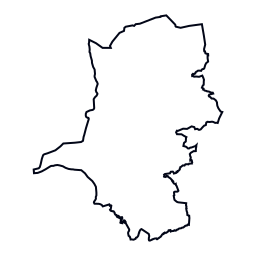 Masyaf, Hamah, Syria
{"feature_id": "27442178B31990643139600", "entity_name": "Masyaf", "entity_type": "district", "adm_level": 2, "iso_a3": "SYR", "parent_name": "Syria", "parent_adm1": "Hamah", "projection": "mercator", "projection_center": [36.393, 35.051], "detail": "fine", "context": "isolated", "style": "outline", "palette": "ink", "viewbox_px": 256, "rotation_deg": 0, "n_neighbors": 0, "source": "geoboundaries", "source_scale": "gbopen_adm2", "svg_char_len": 5879}
<svg xmlns="http://www.w3.org/2000/svg" viewBox="0 0 256 256"><path d="M186.2,203.2L178.1,202.3L176.8,201.8L174.6,200.0L174.3,199.1L173.7,195.7L174.3,195.3L174.0,192.5L174.1,192.1L174.8,191.7L177.6,191.6L178.4,190.8L176.6,186.0L176.0,185.2L175.8,184.1L175.6,184.3L175.4,184.3L174.6,183.7L173.9,183.5L172.3,181.2L172.9,181.0L170.3,178.3L168.3,177.0L167.8,176.1L166.6,175.9L166.6,176.5L165.3,177.0L165.0,176.8L164.2,176.8L164.0,176.6L164.4,175.3L164.1,174.7L165.0,174.0L170.0,173.3L170.7,171.8L172.8,171.6L173.6,172.5L173.9,173.5L176.0,173.0L176.4,172.0L176.7,172.3L177.3,172.2L177.7,171.7L177.9,170.9L178.5,170.8L179.8,169.5L179.8,168.3L180.3,167.7L180.4,167.1L180.7,167.1L182.8,165.4L183.3,165.4L184.3,165.6L184.6,165.5L185.1,164.6L185.5,164.3L187.4,164.2L188.5,164.4L189.1,163.7L191.6,163.5L191.5,163.3L192.2,162.6L191.9,160.9L191.8,160.5L191.5,160.5L191.4,160.2L190.3,160.6L190.2,159.7L190.8,157.8L190.6,156.8L190.2,156.1L190.0,154.7L189.8,154.1L190.8,152.8L193.7,151.1L194.8,151.2L195.8,151.1L195.9,148.5L196.3,146.6L196.2,146.0L196.4,145.1L195.1,146.3L194.7,146.3L191.5,147.5L190.3,147.6L189.0,148.5L187.9,148.4L186.8,147.3L185.7,146.6L183.4,146.0L184.0,143.0L184.5,142.4L185.5,141.8L185.8,141.4L186.0,137.8L186.4,137.1L183.9,135.8L181.6,134.3L177.0,134.2L176.1,132.3L176.9,130.7L177.8,130.9L183.1,128.7L187.1,128.9L191.6,126.4L194.3,127.1L195.1,129.2L196.6,128.9L197.5,128.9L198.7,129.8L199.6,129.8L200.8,129.3L202.5,127.3L204.2,125.6L205.8,125.1L206.3,122.5L207.4,121.8L209.6,122.0L212.1,121.7L213.4,122.0L215.2,122.9L216.3,122.7L217.7,123.0L219.1,118.5L222.3,112.0L220.6,111.5L218.4,108.3L217.3,105.7L217.0,103.3L217.0,102.5L216.3,101.1L215.7,100.2L213.6,98.6L211.6,98.5L210.7,97.5L209.9,96.8L209.1,96.5L208.7,95.8L209.2,94.6L213.2,93.6L212.8,92.7L211.1,92.6L209.0,91.6L206.9,91.3L206.6,91.0L204.5,90.5L203.4,89.4L203.2,89.4L203.5,88.6L201.9,87.7L202.8,85.5L203.6,84.9L203.7,84.5L203.8,80.8L204.0,79.9L203.4,78.1L202.3,75.6L199.1,76.8L195.8,76.5L194.8,76.7L193.6,76.5L193.0,76.0L192.2,76.1L192.1,74.7L192.9,73.9L193.3,74.2L193.9,74.3L194.4,73.7L195.3,73.5L195.5,72.5L196.3,71.7L197.2,71.3L197.9,70.7L199.0,70.6L201.2,70.8L201.8,69.6L202.6,69.1L203.6,69.0L204.3,68.2L205.3,64.8L206.2,63.1L208.1,61.6L207.6,58.1L207.6,55.6L208.2,55.5L208.1,54.0L206.2,53.6L205.4,53.3L205.0,51.4L204.3,51.3L204.1,50.1L204.1,48.9L205.2,44.6L203.9,35.8L201.9,24.2L189.2,25.9L180.6,27.8L175.9,26.7L175.5,26.2L175.4,25.3L175.2,24.6L166.3,15.4L160.6,16.3L160.5,16.9L155.6,17.6L139.9,23.7L135.7,24.2L134.1,25.9L132.6,25.4L125.8,26.7L124.4,27.8L124.0,30.9L119.5,32.9L112.4,41.6L110.0,45.9L110.8,47.9L102.6,47.9L96.0,43.2L89.2,39.8L89.1,42.6L88.7,43.9L89.4,46.5L89.7,49.4L89.5,52.0L90.2,53.2L90.6,56.1L91.9,60.6L92.0,62.9L92.9,66.0L93.2,67.0L94.6,69.5L95.0,73.9L94.6,75.8L94.6,76.9L96.4,81.2L97.1,82.1L97.7,83.9L96.4,87.7L95.8,90.3L96.3,92.0L97.4,93.5L97.4,94.1L96.6,95.7L94.9,97.3L93.7,99.2L94.2,108.1L93.7,109.2L92.7,109.9L89.9,110.4L86.5,112.0L85.8,113.8L85.8,115.8L86.2,116.9L87.7,117.9L88.4,117.9L88.8,118.9L86.0,128.1L84.2,135.1L83.6,136.9L83.0,140.8L81.1,142.0L75.0,142.7L63.3,143.5L60.4,146.4L55.4,150.3L47.5,153.3L44.2,154.3L43.1,155.2L41.9,158.7L40.7,164.1L39.8,167.1L38.7,168.3L33.7,169.5L34.0,173.2L37.7,172.9L41.7,171.4L45.7,169.2L50.7,166.1L51.6,165.9L53.3,165.9L55.0,165.3L57.4,165.0L59.6,165.4L62.9,166.3L65.5,167.8L68.5,168.9L71.1,169.3L73.1,169.4L74.6,169.7L81.3,170.2L85.0,173.3L87.7,177.0L92.3,181.0L94.3,183.8L95.9,186.8L96.4,192.5L96.4,195.4L95.8,197.0L95.9,198.8L95.2,200.1L94.1,201.6L93.9,202.6L94.5,203.7L98.6,203.8L100.0,204.1L101.7,204.9L102.8,206.4L109.3,204.4L109.7,205.6L110.2,205.3L110.7,205.6L111.0,205.4L111.3,205.6L110.9,208.3L110.7,208.9L110.0,209.7L110.3,210.3L110.8,210.4L110.8,210.7L111.2,211.0L112.3,211.1L112.5,211.3L113.0,211.2L113.6,211.3L114.6,212.6L114.6,213.3L114.9,214.0L115.2,214.3L115.5,214.8L116.3,214.9L116.5,215.6L116.8,215.5L117.4,215.7L116.9,216.5L117.3,217.1L117.7,217.2L118.3,216.9L118.4,216.7L118.1,216.5L118.2,216.3L118.6,216.0L118.9,216.3L118.6,216.4L118.8,216.5L118.7,217.0L119.3,217.4L118.8,217.7L119.9,218.3L121.1,218.1L121.4,217.2L122.1,217.2L122.2,217.5L122.3,218.2L121.7,219.6L121.1,219.6L120.9,219.8L120.8,220.3L121.2,220.5L120.9,220.9L121.0,221.4L120.5,222.0L120.4,222.5L120.8,222.6L120.8,222.9L122.3,223.2L122.4,222.6L122.4,222.1L122.8,222.4L123.2,222.3L123.2,221.9L123.4,221.9L123.6,221.4L123.8,220.6L124.3,220.8L124.6,220.5L124.9,220.7L125.1,221.1L124.7,221.4L124.4,221.4L124.3,221.8L124.7,222.0L124.7,222.3L124.7,222.7L124.8,222.9L125.2,223.0L125.7,222.8L125.7,223.1L129.2,229.4L129.1,230.8L128.8,231.1L128.2,232.3L128.1,233.2L128.6,235.8L129.8,236.6L129.8,237.1L130.2,237.7L130.6,239.5L131.5,239.4L133.6,239.7L135.5,238.8L135.5,238.6L136.0,237.7L137.0,237.4L138.2,235.8L138.9,233.1L139.2,232.8L139.1,232.3L140.0,230.4L140.7,229.5L141.5,229.1L148.7,233.9L149.2,235.7L149.2,236.6L148.9,237.6L148.8,239.4L149.0,240.3L149.2,240.5L149.9,240.6L152.4,239.5L152.4,239.3L154.9,238.5L156.5,238.4L156.9,239.2L157.3,239.2L158.6,238.1L159.0,238.0L159.3,237.6L160.5,236.9L160.7,236.5L161.0,236.4L162.0,234.8L162.4,234.3L163.0,234.2L163.0,233.9L163.3,233.7L163.4,233.4L163.8,233.1L164.1,233.2L164.4,232.9L164.6,233.3L165.6,232.7L166.0,232.7L166.2,232.8L166.9,232.4L167.2,232.1L167.5,232.0L167.7,231.6L168.3,231.3L168.6,230.6L169.3,230.4L169.2,230.2L170.0,230.1L170.2,230.6L170.5,230.4L170.8,231.5L171.7,231.1L173.3,231.0L174.0,230.7L174.3,230.3L175.0,230.7L175.7,230.7L176.3,230.4L176.5,229.8L177.7,229.6L177.8,229.4L178.3,229.2L178.6,228.8L179.3,228.5L181.3,228.2L182.1,227.6L183.0,227.6L183.7,227.2L184.5,226.5L184.9,226.3L185.1,225.9L185.9,225.6L186.9,225.6L187.6,224.6L188.9,224.9L189.4,218.1L189.3,216.9L189.2,215.9L188.8,215.9L188.6,215.4L187.4,215.1L187.2,213.5L187.3,212.9L186.7,211.2L186.3,209.2L186.2,208.5L186.6,208.2L186.3,207.6L186.3,206.3L186.4,206.2L186.0,205.3L186.2,203.2Z" fill="none" stroke="#020617" stroke-width="2"/></svg>